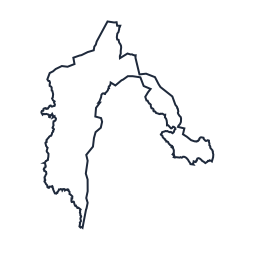 Ulaanxus, Bayan-Ölgiy, Mongolia, rotated 276°
{"feature_id": "93677404B94457736933818", "entity_name": "Ulaanxus", "entity_type": "district", "adm_level": 2, "iso_a3": "MNG", "parent_name": "Mongolia", "parent_adm1": "Bayan-Ölgiy", "projection": "natural_earth1", "projection_center": [88.684, 48.89], "detail": "fine", "context": "isolated", "style": "outline", "palette": "slate", "viewbox_px": 256, "rotation_deg": 276, "n_neighbors": 0, "source": "geoboundaries", "source_scale": "gbopen_adm2", "svg_char_len": 5778}
<svg xmlns="http://www.w3.org/2000/svg" viewBox="0 0 256 256"><g transform="rotate(276 128 128)"><path d="M192.2,66.3L186.0,68.1L182.6,61.5L182.7,55.7L179.1,49.9L176.5,47.5L174.5,44.4L167.9,42.7L166.5,43.9L166.5,44.9L165.3,45.6L164.4,45.7L163.6,45.5L161.7,45.7L161.2,47.0L160.4,47.8L157.3,48.2L157.0,48.9L153.8,50.0L150.5,50.0L149.5,49.4L147.7,50.5L146.8,52.2L145.8,51.7L143.5,52.9L142.3,52.6L142.3,52.2L141.3,50.1L141.4,49.6L142.3,48.8L142.0,48.0L141.7,47.6L140.3,47.1L139.9,46.6L139.0,46.4L138.8,45.7L138.5,45.4L138.5,44.5L139.2,44.1L139.0,43.3L138.6,42.4L138.0,41.9L136.5,42.0L136.3,41.9L136.0,40.6L135.4,40.3L134.2,40.3L132.3,41.7L133.2,42.4L133.3,42.9L133.0,43.9L133.5,45.2L133.4,45.9L133.0,46.9L133.1,47.4L132.8,47.9L132.3,48.2L130.7,48.4L130.5,49.2L132.7,49.7L132.7,50.4L134.1,51.1L132.0,52.4L130.5,52.0L130.7,52.3L131.4,52.5L132.1,53.7L131.2,53.9L130.0,55.3L129.4,55.4L128.1,55.1L127.6,54.8L127.5,54.2L126.8,53.7L126.8,53.3L126.1,53.2L124.1,53.3L123.1,53.7L120.3,52.9L120.0,53.2L120.0,53.6L119.2,54.4L118.8,54.5L117.5,53.7L116.6,54.0L115.5,53.1L113.3,52.8L113.0,52.5L112.3,52.4L112.0,51.5L111.1,50.5L110.3,50.2L109.0,49.1L107.9,48.7L107.7,48.3L106.8,48.2L105.6,48.6L105.2,48.2L105.1,47.7L104.5,47.4L101.5,48.5L101.0,49.1L100.2,49.5L99.9,50.1L96.7,49.5L95.9,49.8L94.1,51.6L90.9,51.8L89.2,51.6L87.9,51.7L87.5,50.9L86.7,50.3L86.6,49.8L84.9,48.9L84.5,48.2L84.5,48.6L83.5,49.5L82.3,49.7L82.1,50.0L81.0,50.2L80.4,50.0L80.1,49.2L78.9,49.0L78.7,48.6L78.0,48.5L77.1,49.1L76.7,49.2L76.8,49.7L76.2,50.2L75.9,51.1L74.0,51.6L73.7,51.6L72.6,51.0L70.8,50.5L70.3,50.1L69.0,50.6L68.6,50.4L67.6,51.2L67.3,51.1L67.1,50.7L66.0,50.5L65.3,51.3L63.6,52.4L62.6,53.6L62.0,53.9L61.0,53.9L60.2,55.0L60.3,55.7L61.2,55.9L61.6,56.4L61.6,57.7L62.3,58.7L61.9,59.1L60.8,59.1L60.2,59.8L59.0,60.0L55.4,62.1L55.5,62.6L55.2,63.2L55.2,63.5L56.0,63.9L55.8,64.1L56.0,64.5L57.4,64.8L58.0,65.3L59.7,65.8L59.6,66.6L60.2,67.3L60.1,68.2L60.2,68.7L59.1,69.2L60.2,69.8L60.6,70.5L60.6,71.0L60.2,71.7L59.4,71.9L60.3,73.0L59.9,74.1L60.7,74.6L60.5,75.1L59.0,75.8L58.5,76.5L56.1,76.8L55.9,77.6L54.2,79.8L51.9,79.9L51.5,79.4L51.6,79.2L49.7,79.3L48.7,79.6L48.5,79.8L48.6,80.3L48.9,80.5L49.1,81.5L49.0,81.8L46.0,83.0L45.0,83.7L45.0,84.1L45.2,84.4L44.6,84.7L43.8,85.8L43.2,86.0L43.2,86.6L43.5,87.1L42.0,89.4L40.8,88.9L39.6,89.2L38.7,89.0L37.8,89.6L36.4,89.7L36.1,89.8L35.9,90.3L35.0,90.7L33.3,90.1L32.2,90.3L31.2,90.8L30.3,90.9L28.9,90.0L27.9,90.3L25.0,90.0L24.1,91.1L24.7,91.6L24.2,92.9L24.0,93.2L42.7,94.8L43.3,95.1L49.4,95.7L54.0,93.8L60.9,94.5L72.6,93.2L78.3,90.8L91.2,91.3L96.9,89.3L105.8,95.1L114.4,95.2L120.5,96.2L125.4,100.9L131.5,101.6L135.0,100.2L136.0,94.3L144.7,94.1L150.2,97.4L150.0,95.9L151.7,96.9L155.7,98.0L158.2,98.1L159.2,98.7L159.7,99.2L159.9,100.3L159.4,101.2L159.4,101.6L160.6,101.9L161.2,102.6L163.3,104.0L164.8,104.2L165.5,105.0L166.4,104.5L167.0,104.5L167.9,105.1L168.2,105.6L169.9,106.0L171.4,106.0L169.0,111.0L174.8,116.6L175.6,118.0L179.5,122.4L180.0,127.5L179.7,135.0L171.4,139.2L169.2,146.4L165.5,144.1L160.8,141.9L157.3,143.5L157.2,144.7L155.8,145.5L154.5,146.6L154.4,147.2L153.6,148.2L152.0,148.4L150.2,149.2L150.0,149.4L150.1,150.3L149.5,151.2L149.1,151.5L147.8,151.4L147.2,152.2L147.4,152.8L146.9,153.7L145.9,154.3L145.4,157.0L145.1,157.6L145.3,158.5L145.6,158.7L145.5,159.5L145.8,160.2L145.8,160.9L144.9,162.4L145.1,163.6L142.5,163.6L141.2,164.9L139.4,165.7L137.2,166.2L134.7,166.5L134.9,167.7L132.2,170.7L132.2,171.3L132.6,171.8L134.0,172.6L134.0,173.3L133.5,174.2L132.6,175.1L131.9,175.3L131.5,174.8L130.5,174.3L129.0,174.1L127.5,172.9L127.8,172.2L128.4,171.6L128.3,170.9L128.5,170.4L128.2,170.0L128.5,168.7L129.1,167.4L128.8,166.5L128.9,165.5L128.4,164.8L127.9,163.4L127.3,162.3L126.2,162.2L125.1,161.3L124.8,161.4L123.9,163.0L122.7,163.4L121.5,164.6L121.3,165.1L120.7,165.7L120.6,166.2L120.3,166.3L120.4,166.0L119.6,166.6L119.1,167.6L118.5,167.6L118.5,168.6L118.2,169.4L116.8,170.1L116.0,171.2L115.4,171.7L114.8,173.7L114.2,174.1L113.7,174.7L113.1,174.8L113.9,173.3L113.6,173.2L113.0,174.2L112.8,174.8L110.7,175.9L107.8,176.2L107.4,175.9L107.6,175.8L107.4,175.6L106.7,176.3L106.1,176.1L106.0,175.7L105.7,176.1L106.2,176.5L105.3,176.9L104.8,176.9L103.8,176.5L103.5,177.8L104.0,178.6L104.0,182.5L104.5,183.4L104.1,184.4L104.2,184.8L105.2,185.8L105.2,187.3L104.4,189.1L102.7,191.0L101.4,191.9L99.3,193.7L98.6,193.9L98.5,196.9L99.4,196.1L100.2,196.7L101.7,196.8L101.2,198.5L101.3,198.9L102.1,198.9L102.3,199.5L102.9,199.9L103.8,199.7L105.0,200.3L105.1,200.9L105.4,201.5L104.9,202.9L103.8,204.5L103.0,205.2L102.5,206.6L101.2,208.6L102.9,210.6L103.6,210.9L103.6,211.9L104.4,212.4L104.2,213.2L104.2,213.7L103.5,214.9L107.8,215.7L110.6,215.6L112.5,214.9L113.1,215.0L113.4,214.7L114.5,214.4L116.9,211.9L118.1,211.8L118.8,211.4L119.4,210.7L121.1,210.6L122.7,209.9L123.9,209.8L124.0,209.4L123.8,209.3L124.0,208.9L124.1,208.3L123.4,207.5L123.3,206.5L125.0,204.5L126.2,204.1L126.4,202.1L126.2,201.1L125.8,200.7L124.8,200.0L123.9,200.1L122.3,198.9L122.2,198.7L122.5,198.5L121.6,197.2L121.8,196.7L121.7,195.6L122.5,192.0L125.5,187.4L127.5,183.3L133.5,184.1L134.3,177.6L135.6,178.0L137.4,179.3L139.6,180.0L142.9,179.8L144.4,179.3L145.6,177.8L147.4,176.4L148.3,176.0L149.7,176.3L152.6,175.4L152.7,175.0L154.3,174.4L156.0,172.7L164.0,168.8L172.1,156.0L174.7,153.9L181.4,149.5L183.9,140.3L182.5,133.8L198.6,128.1L201.1,128.0L200.8,126.8L201.1,126.4L201.2,125.3L201.6,124.6L201.6,123.9L201.4,122.9L202.0,119.7L196.6,112.7L198.7,112.4L201.3,113.0L204.0,112.7L207.1,112.8L208.9,112.5L210.4,111.7L212.0,110.3L214.7,109.4L214.9,108.0L217.1,107.4L220.8,107.5L222.4,108.5L225.3,108.9L226.8,108.8L227.6,109.3L228.9,109.6L228.6,106.5L232.0,105.6L231.5,103.2L231.8,96.5L210.7,87.8L207.6,87.3L205.4,86.0L201.7,85.8L199.3,80.0L195.6,74.1L195.0,72.2L192.2,66.3Z" fill="none" stroke="#1e293b" stroke-width="2"/></g></svg>